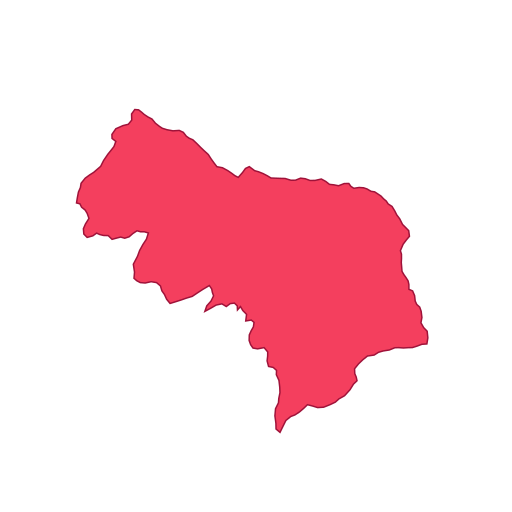 the district of Santa Rita do Sapucaí, Minas Gerais, Brazil, rotated 38°
{"feature_id": "56859067B96390567853890", "entity_name": "Santa Rita do Sapucaí", "entity_type": "district", "adm_level": 2, "iso_a3": "BRA", "parent_name": "Brazil", "parent_adm1": "Minas Gerais", "projection": "equal_earth", "projection_center": [-45.688, -22.24], "detail": "fine", "context": "isolated", "style": "filled", "palette": "rose", "viewbox_px": 512, "rotation_deg": 38, "n_neighbors": 0, "source": "geoboundaries", "source_scale": "gbopen_adm2", "svg_char_len": 3089}
<svg xmlns="http://www.w3.org/2000/svg" viewBox="0 0 512 512"><g transform="rotate(38 256 256)"><path d="M287.9,313.5L291.7,309.4L295.3,309.5L297.6,313.5L298.2,317.8L299.3,322.3L302.6,326.8L306.4,329.2L310.3,330.4L314.4,328.2L318.8,323.2L324.3,324.4L326.8,327.7L329.3,331.8L333.9,335.3L338.2,333.2L342.6,333.5L345.1,337.0L350.7,339.9L355.6,344.9L359.0,348.9L361.7,354.3L364.1,357.9L365.4,364.3L369.3,370.3L374.8,375.7L378.3,380.0L383.5,380.2L382.1,373.6L380.8,367.2L382.2,361.1L384.5,357.3L386.3,352.0L387.4,346.5L388.1,341.5L392.9,339.4L397.9,337.5L402.4,333.5L405.9,327.5L408.5,322.3L409.3,317.6L411.8,311.6L412.4,303.5L411.7,296.9L412.4,292.1L409.5,289.7L406.3,287.9L403.1,284.2L403.2,277.9L404.0,272.2L405.4,266.2L410.1,261.3L411.8,256.5L414.7,252.5L418.9,248.0L421.9,242.8L424.8,240.4L428.8,237.7L432.4,234.5L435.6,231.9L438.3,228.0L441.1,223.4L444.8,220.1L441.8,214.7L437.2,209.9L432.2,209.2L427.1,207.1L424.6,202.3L420.2,197.9L416.5,195.5L412.5,195.2L409.2,193.5L405.4,189.6L400.9,187.1L397.0,188.1L394.0,184.3L391.2,182.0L387.6,180.7L383.9,179.6L380.5,178.2L377.3,174.7L374.5,171.7L372.2,168.4L369.5,165.0L366.5,162.9L364.7,156.2L364.6,151.0L364.8,146.0L360.7,142.0L352.0,140.9L346.3,138.2L341.7,137.0L337.7,135.1L332.7,133.2L328.1,133.6L324.8,132.5L321.4,132.4L317.6,131.8L313.5,132.1L310.0,132.4L306.8,134.2L302.2,134.8L298.8,136.0L295.1,138.5L291.4,142.4L287.9,142.7L284.5,141.7L280.9,144.6L277.8,149.8L273.5,152.0L269.8,154.3L265.0,154.3L260.1,155.1L256.0,160.1L252.1,163.2L247.2,164.8L243.2,167.2L240.4,172.0L236.9,174.8L231.2,177.0L226.9,180.2L223.3,182.8L219.8,185.3L215.6,185.8L210.8,186.7L206.0,188.1L202.4,189.6L195.7,189.7L193.8,193.5L194.0,198.5L193.6,205.0L189.9,205.7L185.7,205.8L181.2,206.1L175.2,207.1L170.2,209.7L165.6,208.5L160.8,207.1L155.9,205.4L150.5,205.0L145.4,204.5L140.0,203.8L134.7,203.3L130.9,204.3L127.4,204.5L122.6,203.3L118.2,204.3L113.5,208.5L108.1,211.3L103.6,213.0L100.3,213.3L95.0,213.3L89.7,212.1L85.0,213.0L80.7,213.3L77.4,213.1L73.5,213.1L70.3,215.2L70.5,220.7L74.4,225.4L74.3,230.8L70.9,235.1L67.2,242.0L67.6,248.9L70.2,252.0L75.0,252.0L76.7,257.2L76.7,261.9L76.6,266.9L77.1,274.5L78.4,281.0L77.5,285.5L76.6,290.0L75.0,294.5L73.5,299.8L73.4,306.4L75.5,310.2L76.7,314.9L79.3,320.0L81.9,324.7L85.1,323.3L88.5,324.9L93.2,325.0L96.8,326.4L101.2,329.2L101.9,335.8L103.2,340.8L106.8,344.7L111.5,345.3L115.0,340.6L116.3,336.1L119.6,335.3L123.2,333.7L127.0,330.9L132.3,331.5L135.2,327.6L137.7,324.4L141.6,322.8L144.2,319.0L145.1,314.2L146.7,309.4L150.1,308.0L153.0,305.7L157.0,304.1L159.3,310.2L159.8,316.5L160.9,323.3L162.8,329.2L164.4,338.0L170.2,343.5L173.6,348.7L177.3,348.9L181.2,348.2L185.3,345.5L189.2,340.8L194.0,338.2L199.1,338.4L203.3,341.4L207.6,342.7L212.2,345.1L217.5,346.3L220.9,341.4L224.1,336.7L227.1,332.0L230.6,327.1L232.8,320.4L234.7,314.9L237.4,308.0L241.3,309.2L244.1,311.6L247.1,313.5L248.3,319.2L247.9,325.6L249.8,331.1L252.4,325.2L254.8,319.2L258.6,314.7L263.7,314.1L265.0,309.4L268.0,306.4L271.9,306.8L274.6,309.9L274.9,305.4L279.2,307.1L284.5,307.8L287.9,313.5Z" fill="#f43f5e" stroke="#9f1239" stroke-width="1.5"/></g></svg>